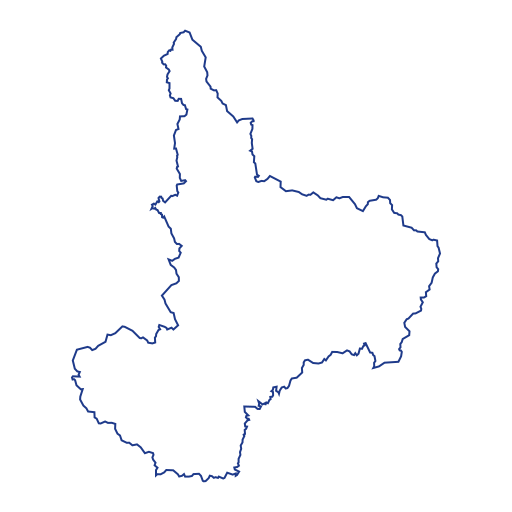 Dak Glei, Kon Tum, Vietnam
{"feature_id": "81297802B20367953633835", "entity_name": "Dak Glei", "entity_type": "district", "adm_level": 2, "iso_a3": "VNM", "parent_name": "Vietnam", "parent_adm1": "Kon Tum", "projection": "natural_earth1", "projection_center": [107.734, 15.137], "detail": "fine", "context": "isolated", "style": "outline", "palette": "blue", "viewbox_px": 512, "rotation_deg": 0, "n_neighbors": 0, "source": "geoboundaries", "source_scale": "gbopen_adm2", "svg_char_len": 6042}
<svg xmlns="http://www.w3.org/2000/svg" viewBox="0 0 512 512"><path d="M205.7,57.4L201.8,50.8L200.8,46.8L192.4,39.7L189.6,32.5L185.1,30.7L183.6,32.3L180.2,33.0L179.8,34.2L176.4,37.2L176.1,39.0L173.7,42.6L174.0,43.9L172.3,47.4L172.5,49.7L171.0,49.6L170.4,50.8L169.3,50.3L167.8,52.0L167.6,54.0L163.9,55.7L160.9,58.5L162.3,61.7L162.1,62.7L163.7,64.4L165.2,64.3L166.2,65.7L166.0,67.5L168.8,69.5L169.6,71.1L167.5,74.4L167.0,76.9L167.9,78.3L167.0,79.5L166.8,82.3L169.5,83.1L169.5,88.5L168.8,90.2L170.6,93.5L169.9,95.3L170.5,97.4L173.4,98.2L175.2,100.8L177.7,100.9L178.7,98.8L181.1,98.9L182.0,103.2L183.5,105.0L184.9,105.2L186.1,109.1L187.4,109.5L186.4,114.6L184.5,116.2L180.0,116.4L179.7,119.5L177.4,124.0L178.5,129.0L176.0,130.0L173.9,135.5L175.0,143.1L174.2,148.6L176.0,148.5L177.7,154.8L177.0,155.8L177.3,157.1L176.5,160.6L178.0,166.5L177.1,166.9L176.7,168.6L179.9,174.0L179.8,177.9L181.2,180.9L185.2,180.2L186.0,181.2L183.8,183.4L177.2,184.5L176.7,185.6L177.3,191.1L178.3,192.5L177.1,195.7L175.3,194.8L172.3,196.1L171.2,195.8L165.1,202.4L163.1,200.8L162.6,198.5L161.4,197.8L161.2,196.7L159.7,196.6L158.5,198.0L159.4,201.5L158.7,202.2L157.3,201.4L155.4,204.6L153.9,203.6L152.0,204.7L152.7,206.0L151.5,208.8L152.5,208.2L154.3,208.7L155.2,207.9L156.3,209.7L157.5,210.0L159.1,213.0L160.8,213.0L160.8,214.1L162.0,214.6L162.1,217.2L163.2,217.7L164.2,216.5L168.6,226.6L170.8,228.7L171.4,233.4L174.1,238.4L174.9,241.9L176.9,244.0L179.1,243.9L181.7,245.9L179.4,248.4L179.2,251.0L180.7,252.7L178.6,257.6L175.0,258.8L172.2,260.8L168.6,259.4L170.7,264.9L174.2,267.5L176.0,270.0L176.5,273.7L178.8,277.2L178.9,280.9L176.4,283.3L171.4,285.1L161.9,295.6L164.5,299.6L165.5,303.5L170.7,312.2L173.6,313.0L175.0,319.2L178.1,325.3L173.4,329.5L171.5,327.7L167.2,329.5L166.5,327.9L164.6,326.8L159.3,325.0L158.7,326.9L160.1,329.3L158.5,330.0L156.2,334.0L156.0,336.2L154.9,337.7L155.2,342.5L152.4,343.4L148.2,342.7L147.2,340.5L143.0,337.4L141.2,338.3L139.7,338.0L132.5,330.8L124.7,326.8L122.4,326.4L115.3,333.2L110.8,335.2L107.5,334.6L105.5,341.8L98.2,345.8L95.5,348.8L92.2,350.1L90.0,347.7L87.6,346.9L76.9,349.7L72.8,360.5L74.8,368.7L77.3,371.4L79.8,372.0L78.6,374.7L79.6,376.6L72.9,376.3L72.0,377.5L72.6,379.5L74.0,379.2L75.1,380.2L76.5,385.3L80.8,389.3L82.7,389.1L80.3,396.6L80.1,399.5L83.4,405.6L86.4,408.3L88.1,411.5L94.4,412.2L94.6,417.4L96.7,418.7L98.8,423.3L100.6,423.5L105.1,421.5L108.0,422.9L111.7,422.8L115.3,423.9L115.1,428.8L117.5,433.7L120.0,435.5L121.6,440.3L126.8,442.8L129.2,442.7L132.4,445.3L137.0,444.4L140.7,447.3L144.9,453.2L148.9,451.8L153.0,453.1L153.5,454.8L152.4,457.4L153.1,459.6L155.5,462.7L154.6,465.3L157.5,467.7L156.0,470.1L156.0,475.4L157.3,474.2L160.6,474.3L164.2,472.4L166.3,470.0L173.2,470.3L177.9,474.3L179.2,476.5L182.0,475.8L184.0,474.1L185.1,476.6L188.9,476.6L191.9,476.0L193.5,474.1L199.0,473.8L201.0,475.9L202.8,480.8L203.7,481.3L205.6,481.1L208.7,478.1L209.8,475.7L212.0,476.2L213.8,477.8L215.6,477.2L218.0,477.9L218.8,476.6L223.2,478.5L224.5,477.9L227.2,472.7L232.7,474.6L235.7,473.5L235.7,475.8L237.0,475.0L239.1,471.6L234.8,469.5L234.3,467.5L237.2,467.0L238.9,465.7L237.9,463.3L238.6,462.4L238.6,458.8L240.4,454.9L240.0,452.1L241.2,448.8L240.7,445.5L242.5,442.4L242.6,439.6L244.3,436.1L243.3,434.0L244.3,434.8L245.0,433.9L244.7,429.9L246.1,428.8L247.0,426.6L245.2,426.4L244.8,423.5L247.5,420.4L249.2,419.9L248.7,418.8L247.2,418.6L245.9,417.3L246.4,415.8L248.3,415.4L244.8,411.9L244.3,406.5L255.1,406.8L257.5,408.9L259.7,409.0L261.0,406.4L258.7,405.8L259.2,403.6L258.4,401.2L262.5,404.4L265.2,403.1L265.3,405.0L266.4,402.5L267.9,403.2L269.4,400.0L270.6,399.2L270.3,396.9L272.3,396.7L273.1,395.3L273.0,392.0L271.4,391.2L272.9,389.8L273.3,387.4L276.6,386.7L276.1,390.8L278.5,392.4L279.0,393.7L279.7,390.7L281.7,387.5L284.2,386.7L285.7,388.5L287.4,388.1L289.0,385.9L290.5,380.5L291.8,378.5L296.7,377.7L302.2,372.5L301.9,368.0L303.7,364.9L303.7,362.4L305.0,360.3L308.0,359.7L313.1,363.0L318.5,363.5L322.0,362.5L324.3,359.0L325.9,360.4L328.6,356.4L330.6,354.9L332.2,351.9L337.2,352.0L342.6,353.3L347.0,350.4L349.6,351.4L351.7,354.3L354.1,355.1L355.3,353.2L356.8,355.3L358.5,353.7L359.9,348.5L362.0,348.8L363.3,346.1L364.5,345.5L364.0,343.6L365.6,343.1L370.1,352.5L372.4,352.8L373.2,355.1L374.5,356.1L375.4,361.0L374.1,362.8L374.2,366.3L373.3,368.0L379.0,366.4L384.5,362.7L398.4,361.8L401.1,356.3L401.8,351.9L400.9,350.5L399.7,350.4L399.1,349.1L400.5,347.3L400.3,344.0L401.7,342.2L402.7,339.0L409.2,335.2L409.5,331.3L405.1,326.9L404.3,322.8L406.7,319.2L408.4,318.6L413.1,313.6L415.6,313.4L421.0,310.6L421.3,308.9L420.5,306.7L422.8,302.3L420.9,299.5L420.7,297.5L424.0,297.5L426.2,296.2L425.9,292.2L429.6,289.5L429.1,286.2L431.6,282.8L432.8,277.4L434.9,273.6L437.9,271.3L438.2,269.2L436.6,267.2L436.3,263.6L438.2,261.3L438.0,258.2L440.0,253.5L438.6,247.7L437.5,246.1L437.1,240.5L433.5,239.7L432.3,240.3L429.3,239.1L425.9,234.9L424.8,232.3L417.4,231.5L416.1,230.3L414.0,230.3L411.6,227.7L403.4,225.5L402.3,216.5L400.9,215.1L398.4,214.6L397.2,213.3L394.2,212.9L391.9,209.4L392.1,205.1L390.2,203.2L390.0,200.0L387.9,197.7L383.1,197.3L378.7,195.9L377.8,198.2L376.2,199.7L369.6,200.8L367.9,202.2L367.8,204.2L365.9,206.2L362.9,211.1L356.9,208.2L355.0,204.2L349.1,197.0L342.8,197.0L339.4,198.3L336.4,197.3L333.1,200.2L327.7,198.7L326.3,199.7L320.4,198.2L317.8,195.4L313.3,192.4L310.4,194.8L308.7,194.6L306.6,195.8L302.1,194.3L298.8,192.0L292.2,190.4L285.9,191.2L280.5,187.1L280.7,181.6L269.9,176.0L267.5,178.9L264.2,181.2L261.5,180.9L258.3,182.0L256.3,181.2L254.8,177.4L255.2,176.7L258.0,176.9L258.8,175.8L257.0,174.6L255.3,163.5L253.9,162.2L254.3,156.2L252.5,154.5L252.0,151.5L250.2,150.7L252.6,148.8L251.8,143.0L252.1,139.2L251.2,138.0L251.3,135.9L250.4,133.9L252.4,128.9L252.5,125.1L251.2,124.6L250.7,122.8L252.1,121.4L253.6,121.2L253.6,120.4L252.5,118.5L242.3,119.0L238.8,120.4L237.1,122.4L233.3,116.5L227.1,111.1L225.9,105.1L222.6,103.5L221.3,100.9L217.5,97.4L217.7,93.6L216.2,90.2L214.0,90.4L210.7,88.7L210.5,86.6L206.5,81.5L206.1,78.9L207.5,75.4L207.2,72.2L204.2,66.5L205.7,57.4Z" fill="none" stroke="#1e3a8a" stroke-width="2"/></svg>